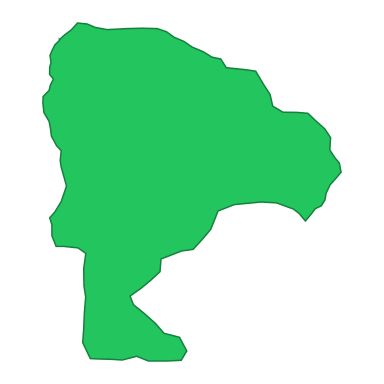 outline of Agios Mamas, Limassol, Cyprus
{"feature_id": "46923920B94554564075534", "entity_name": "Agios Mamas", "entity_type": "district", "adm_level": 2, "iso_a3": "CYP", "parent_name": "Cyprus", "parent_adm1": "Limassol", "projection": "albers", "projection_center": [32.945, 34.847], "detail": "fine", "context": "isolated", "style": "filled", "palette": "green", "viewbox_px": 384, "rotation_deg": 0, "n_neighbors": 0, "source": "geoboundaries", "source_scale": "gbopen_adm2", "svg_char_len": 1416}
<svg xmlns="http://www.w3.org/2000/svg" viewBox="0 0 384 384"><path d="M59.4,39.2L59.4,40.4L55.0,44.7L52.1,50.4L50.0,55.4L51.0,62.6L49.7,67.2L49.6,74.4L53.4,79.1L50.4,85.0L49.1,90.4L43.1,96.5L42.9,103.2L43.9,112.5L49.1,121.4L50.5,128.7L51.4,136.0L56.6,145.8L61.2,150.7L60.2,160.5L61.2,167.1L66.5,186.0L61.2,201.6L54.8,212.0L49.7,217.8L51.9,224.8L51.9,235.7L55.6,245.1L56.1,246.4L63.7,246.4L78.0,247.9L85.8,253.4L83.7,268.7L84.0,286.0L85.7,297.0L84.4,312.3L83.7,329.0L82.7,342.6L90.3,358.6L92.7,358.7L99.3,359.0L111.2,359.3L122.2,360.0L136.8,356.3L148.4,361.0L167.3,361.0L181.2,360.3L185.0,353.9L186.8,351.0L179.5,337.3L164.0,333.3L155.3,323.3L143.7,313.0L133.4,304.7L130.1,296.0L141.4,288.0L151.0,280.0L160.0,271.7L161.0,259.0L181.5,251.0L193.1,249.4L203.4,238.1L210.7,229.4L214.8,219.3L218.0,211.0L234.3,204.6L261.1,202.0L276.6,202.9L293.5,209.1L299.1,213.5L305.4,221.0L311.1,214.2L315.4,208.6L319.7,206.6L321.3,205.8L324.9,200.1L326.2,193.1L330.0,185.0L336.8,177.3L341.1,172.2L339.3,163.0L334.7,157.5L329.8,149.9L330.6,137.7L324.8,128.9L315.0,120.1L307.9,113.3L297.4,112.4L282.9,112.2L272.7,106.1L270.1,94.5L263.8,84.8L255.7,71.2L245.7,69.7L226.3,67.7L220.8,59.0L211.9,57.1L203.3,51.8L192.2,47.1L183.9,41.4L174.0,37.2L166.4,31.7L157.3,28.6L141.9,28.2L126.6,28.6L115.8,29.2L107.1,29.6L95.1,27.4L87.2,24.0L77.5,23.0L71.4,29.8L64.6,34.9L59.7,39.5L59.4,39.2Z" fill="#22c55e" stroke="#15803d" stroke-width="1.5"/></svg>